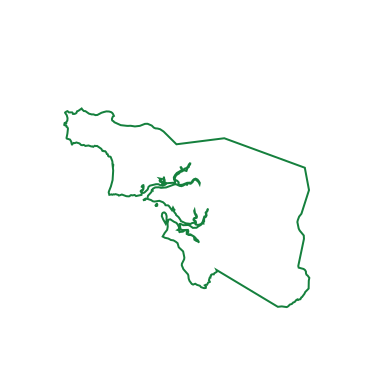 outline of Cogo, Litoral, Equatorial Guinea, rotated 31°
{"feature_id": "11065452B22787327477805", "entity_name": "Cogo", "entity_type": "district", "adm_level": 2, "iso_a3": "GNQ", "parent_name": "Equatorial Guinea", "parent_adm1": "Litoral", "projection": "orthographic", "projection_center": [9.73, 1.167], "detail": "fine", "context": "isolated", "style": "outline", "palette": "green", "viewbox_px": 384, "rotation_deg": 31, "n_neighbors": 0, "source": "geoboundaries", "source_scale": "gbopen_adm2", "svg_char_len": 6087}
<svg xmlns="http://www.w3.org/2000/svg" viewBox="0 0 384 384"><g transform="rotate(31 192 192)"><path d="M276.2,113.1L192.0,129.3L154.1,159.1L136.5,154.8L132.4,154.6L129.9,155.3L127.8,156.3L126.1,156.5L123.3,155.8L118.8,156.4L116.6,157.8L113.2,162.2L109.3,165.2L105.4,166.8L102.4,168.7L96.5,171.4L89.5,172.2L88.3,171.8L86.9,171.8L86.3,171.4L85.7,170.6L85.3,168.2L85.9,167.0L84.1,165.8L82.9,165.3L81.5,165.2L79.5,165.7L77.1,167.0L75.3,168.8L73.6,170.7L71.2,174.7L69.7,175.8L67.6,176.2L66.2,177.1L63.4,177.9L59.0,177.6L57.6,178.3L55.7,177.9L54.4,177.3L52.8,180.9L51.9,182.1L52.2,183.6L51.8,184.7L50.7,185.9L49.8,186.3L49.7,186.0L48.3,185.5L45.5,187.2L43.7,186.8L43.0,187.6L42.3,189.2L42.7,189.6L45.1,190.7L47.3,192.8L48.4,195.1L48.2,196.8L48.8,197.6L48.8,198.1L47.5,198.2L47.3,198.4L47.7,199.8L48.1,200.4L50.3,200.0L50.8,200.7L52.1,200.8L53.1,201.7L55.2,206.3L56.6,210.3L57.1,210.7L60.4,209.9L62.5,211.0L64.0,212.7L64.7,213.0L65.2,211.0L66.3,210.5L67.4,209.1L70.6,208.3L72.6,208.8L73.7,208.5L75.0,207.4L76.9,207.4L79.4,205.4L82.3,204.8L83.1,204.2L84.0,204.2L84.9,202.4L85.9,202.2L86.9,201.4L92.0,201.7L94.1,202.9L94.9,202.3L95.6,202.4L96.4,201.8L97.1,201.9L98.2,202.3L99.4,203.3L100.4,203.1L101.6,204.3L102.6,204.4L103.3,203.9L104.3,203.9L107.8,206.6L109.5,208.8L110.5,209.2L110.9,210.1L110.2,210.0L113.4,214.2L117.8,222.7L119.6,229.0L120.5,234.4L120.9,235.4L122.6,237.0L124.2,235.5L125.0,235.5L125.9,234.4L126.5,234.3L127.6,233.2L130.3,232.5L131.2,232.7L133.2,230.3L137.9,229.4L139.9,228.4L140.6,227.8L141.0,226.5L141.5,226.0L142.8,225.5L144.4,224.1L146.1,224.3L150.2,220.5L149.5,218.9L147.6,217.8L147.5,217.3L148.6,215.0L148.5,214.2L147.9,213.5L146.2,213.4L146.1,212.2L146.4,211.6L146.8,211.2L147.3,211.7L146.3,212.4L146.4,213.0L148.2,213.2L148.8,214.4L148.9,215.9L148.1,217.7L150.0,218.2L150.9,217.7L151.5,216.9L152.7,212.8L152.1,209.9L152.8,208.1L157.2,203.8L159.0,202.7L161.7,202.4L163.5,201.6L165.2,199.6L165.6,198.5L163.4,198.4L162.2,197.7L163.8,199.5L163.8,200.0L163.3,200.6L162.2,200.4L161.9,199.1L159.4,199.6L158.4,199.0L158.2,198.0L159.2,197.3L159.3,196.7L158.1,197.3L157.3,197.1L159.6,196.3L159.4,197.6L158.5,198.5L158.8,199.1L159.8,199.4L162.0,198.7L162.4,200.3L163.3,200.2L163.5,199.9L161.8,198.1L162.2,196.7L160.5,194.5L160.1,193.3L161.3,195.0L162.5,195.9L162.9,197.2L163.8,197.6L165.7,197.6L172.6,192.7L172.2,191.7L170.1,190.5L168.9,188.8L168.8,186.1L169.2,183.5L172.0,178.5L171.6,177.9L169.6,176.7L169.0,176.1L170.9,176.8L172.4,178.2L173.2,177.5L173.5,176.0L175.4,173.7L175.2,173.1L175.4,171.6L175.1,169.9L175.4,169.5L175.5,167.7L176.2,169.4L175.8,171.0L176.4,172.0L175.8,173.9L176.4,176.8L173.9,177.5L172.6,179.9L171.6,180.8L171.4,182.6L170.1,185.1L169.8,186.4L170.0,188.3L170.5,189.8L172.0,190.2L173.5,190.0L175.6,190.6L176.3,192.4L178.3,192.0L180.1,190.6L183.1,186.6L186.7,184.2L186.6,181.9L187.0,180.2L188.2,178.7L190.3,178.5L192.4,179.3L194.0,180.2L194.4,181.3L192.7,180.2L189.5,179.5L188.5,179.6L187.3,180.9L187.4,183.4L186.6,185.6L184.5,186.4L183.8,187.1L184.2,189.1L183.3,188.0L182.7,188.0L181.2,190.9L180.0,192.4L178.3,193.1L174.2,193.6L172.8,194.8L167.5,201.4L163.3,204.4L161.2,205.0L158.1,207.0L156.8,209.3L156.8,209.9L157.5,211.1L156.6,211.2L157.2,213.0L156.2,217.8L156.9,220.0L157.6,220.8L161.0,220.0L163.2,220.1L164.8,219.5L168.5,216.4L172.5,215.7L174.9,216.2L176.1,217.0L178.4,215.8L179.4,215.9L184.2,217.9L183.8,215.2L185.6,216.3L186.2,216.4L186.2,217.7L187.5,218.5L189.3,219.1L190.2,219.9L193.5,220.5L196.7,222.0L197.4,222.6L202.7,222.1L207.2,220.1L208.2,218.4L210.0,217.1L210.3,216.5L210.0,215.9L207.6,215.1L207.3,214.3L207.4,213.1L208.7,211.9L208.7,211.1L205.1,208.7L203.6,207.1L203.5,206.3L205.4,208.5L207.8,209.5L209.0,210.7L209.2,211.8L207.7,213.4L207.7,214.5L208.4,215.1L210.1,215.1L210.7,215.6L211.3,216.3L211.4,217.7L212.2,217.9L214.3,217.0L215.9,215.2L216.4,214.0L216.5,212.1L215.2,206.7L216.1,205.6L216.3,204.9L214.3,202.6L214.7,200.1L214.3,199.4L214.3,197.9L215.0,200.1L214.8,202.4L216.6,204.7L216.6,206.5L216.0,207.3L216.0,208.4L217.6,211.1L217.2,212.6L218.0,213.2L216.9,214.0L216.5,215.8L215.2,218.0L214.3,220.3L211.2,222.3L207.6,222.0L205.8,222.2L201.7,224.9L198.4,225.3L198.0,225.7L201.0,229.5L201.6,229.8L203.5,229.5L208.0,226.6L208.8,227.2L209.4,228.2L209.3,229.6L209.7,230.2L210.9,230.0L212.6,229.1L216.7,229.1L218.8,229.6L219.8,230.2L221.3,230.2L222.8,230.8L224.1,231.8L222.5,231.3L221.0,231.7L218.6,231.6L217.2,229.9L216.0,229.2L213.4,229.4L211.4,230.5L209.1,230.7L208.2,229.2L207.9,227.6L207.5,227.3L206.5,227.8L205.3,229.1L204.6,230.7L202.1,232.5L201.7,233.5L201.7,232.3L201.2,231.5L199.2,232.0L199.8,230.8L199.3,229.1L197.0,227.5L194.6,226.5L191.8,226.8L187.5,226.6L186.5,227.4L186.1,228.2L187.2,231.5L189.1,234.3L190.2,237.2L189.7,241.2L189.8,245.3L192.3,245.2L195.7,244.1L198.6,244.0L201.1,243.0L203.8,243.0L206.0,243.3L209.1,246.2L215.0,247.5L219.2,252.1L219.9,253.7L220.3,258.7L221.0,260.1L224.4,262.6L231.0,264.7L231.9,265.5L233.8,268.0L235.7,269.5L239.1,270.9L240.6,270.8L242.0,269.0L244.3,269.0L247.0,268.3L248.8,268.9L251.9,268.2L253.2,267.2L252.8,266.0L251.0,265.4L251.7,264.3L252.7,263.7L252.5,261.3L253.6,260.0L253.4,259.6L252.0,259.0L251.3,256.4L251.9,255.9L251.2,254.8L251.5,254.2L251.1,253.1L251.7,252.1L253.1,251.4L253.0,250.2L254.3,247.8L254.0,246.8L253.1,246.2L324.7,246.2L327.9,243.8L332.4,241.9L332.8,241.4L333.4,240.2L333.8,238.2L335.2,236.6L335.7,234.5L336.6,233.5L337.1,230.6L337.7,230.4L337.8,229.7L338.7,229.7L338.9,229.2L340.1,228.1L340.0,226.0L340.4,225.4L340.8,221.4L340.6,219.4L341.7,214.7L337.8,207.9L336.8,205.2L334.2,204.1L332.7,203.9L331.5,202.9L330.6,201.5L329.1,200.7L327.3,200.5L322.4,201.9L321.2,200.7L312.1,174.5L310.2,171.7L304.2,169.6L302.3,168.4L297.8,163.5L297.2,161.7L296.5,157.9L297.0,154.3L291.3,130.1L276.2,113.1ZM185.7,232.7L184.8,229.5L182.7,225.8L181.0,224.2L179.2,223.7L178.5,223.9L177.7,224.9L177.6,225.9L178.5,228.2L181.5,230.4L185.7,232.7ZM168.7,222.4L169.2,221.7L168.7,220.6L168.1,220.2L167.8,220.4L167.6,222.2L168.2,222.6L168.7,222.4ZM154.9,223.8L155.9,222.9L156.2,221.6L155.6,221.6L154.9,222.8L154.6,223.6L154.9,223.8Z" fill="none" stroke="#15803d" stroke-width="2"/></g></svg>